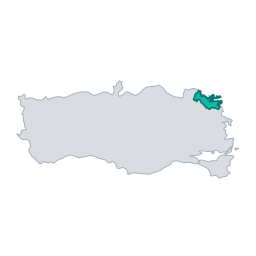 location of Mugla within Turkey, rotated 182°
{"feature_id": "TUR-2278", "entity_name": "Mugla", "entity_type": "Province", "adm_level": 1, "iso_a3": "TUR", "parent_name": "Turkey", "parent_adm1": "", "projection": "mercator", "projection_center": [28.126, 36.936], "detail": "fine", "context": "in_parent", "style": "filled", "palette": "teal", "viewbox_px": 256, "rotation_deg": 182, "n_neighbors": 0, "source": "natural_earth", "source_scale": "10m", "svg_char_len": 8126}
<svg xmlns="http://www.w3.org/2000/svg" viewBox="0 0 256 256"><g transform="rotate(182 128 128)"><path d="M200.7,90.2L204.3,91.5L205.5,90.5L208.8,90.7L211.8,91.4L213.4,89.2L215.5,89.5L215.9,90.6L216.9,91.0L220.0,93.7L219.6,94.1L220.4,95.1L223.0,95.8L223.3,97.2L225.3,99.3L226.4,102.5L225.7,104.7L224.6,106.1L226.2,110.9L225.7,111.5L228.9,113.1L233.0,112.8L234.2,113.5L238.1,117.3L239.1,118.7L236.4,116.9L234.9,118.5L234.1,122.2L229.9,122.8L230.5,125.2L231.7,126.3L231.3,128.6L231.6,129.5L232.7,130.9L232.6,132.9L233.1,135.1L233.1,137.6L234.8,138.4L234.0,139.5L232.0,144.7L232.2,145.1L233.5,145.2L236.4,147.6L235.9,148.3L236.3,151.6L238.8,153.7L238.4,154.8L238.5,155.9L236.6,155.4L232.9,158.2L232.4,158.2L231.9,157.2L231.8,154.3L230.9,153.5L229.7,153.4L227.7,154.7L225.8,154.6L224.0,154.4L219.1,152.6L217.3,153.2L215.4,152.5L211.7,156.0L210.6,156.3L210.0,154.6L208.7,153.6L207.1,154.9L200.8,156.6L197.9,156.9L194.3,156.3L191.4,156.5L183.4,160.4L175.7,162.5L168.9,162.4L165.1,159.9L162.2,159.4L153.4,163.1L149.2,163.0L147.7,161.4L144.4,160.8L143.7,162.3L143.0,165.8L144.2,169.0L142.3,169.2L141.1,169.9L140.8,172.3L139.1,173.2L138.6,174.7L138.3,174.8L135.5,173.6L136.3,172.4L134.6,167.9L135.4,166.5L139.0,162.9L138.9,160.7L137.3,159.2L132.9,161.9L132.4,163.0L131.4,163.8L129.7,164.1L121.7,160.6L117.1,163.7L113.1,168.1L110.0,169.7L101.2,171.0L99.6,171.8L96.6,170.9L94.8,169.7L90.6,164.7L82.9,160.8L74.6,159.9L73.9,160.9L73.7,164.8L72.3,168.5L71.7,168.9L69.9,167.9L63.6,170.1L58.2,167.7L57.2,166.6L56.0,162.4L55.2,162.0L54.4,162.7L53.4,162.6L49.6,160.8L47.5,160.6L46.2,162.5L44.2,163.2L44.1,162.7L44.9,161.5L41.7,161.7L40.0,162.6L37.6,162.1L37.8,161.6L39.7,161.0L44.0,160.4L46.8,157.5L36.4,157.6L35.4,158.3L35.3,156.8L35.8,156.1L38.6,155.5L38.4,154.3L36.7,153.0L34.9,152.3L34.1,149.1L33.2,148.3L33.3,147.9L35.0,147.3L35.3,145.0L35.1,143.6L31.7,142.4L31.0,142.5L30.1,141.3L28.7,140.4L27.5,141.1L24.1,139.2L24.8,137.8L25.6,137.9L25.8,136.8L25.1,135.0L25.1,134.1L25.9,133.8L26.7,134.0L27.6,135.1L27.7,137.1L28.6,138.3L29.2,137.1L30.8,137.8L33.5,137.2L34.0,136.6L32.0,136.7L31.3,136.2L29.6,132.8L31.3,131.8L32.5,130.2L30.2,129.1L30.7,126.7L28.7,124.1L31.3,120.7L31.2,120.2L30.4,120.0L22.1,121.5L21.9,119.9L22.6,118.6L22.5,115.4L22.9,113.6L24.4,113.1L26.3,110.4L29.3,107.4L32.5,107.4L33.8,106.6L35.7,106.5L36.2,107.7L37.9,108.6L40.8,108.4L42.2,107.6L40.9,106.1L42.5,105.6L43.8,106.0L43.1,107.7L43.5,107.8L47.3,107.3L51.3,107.7L55.7,107.5L56.2,107.0L53.1,105.3L55.1,103.8L56.2,103.6L65.4,102.2L65.4,101.9L59.8,101.1L56.9,99.1L56.1,98.1L56.7,95.5L57.3,94.8L59.3,94.7L66.2,95.9L71.2,95.1L76.6,96.9L81.7,96.5L82.8,95.7L84.1,93.2L91.4,89.1L93.9,86.9L105.3,82.6L122.3,83.4L125.3,81.7L127.0,82.3L126.5,83.4L126.6,84.4L128.6,86.9L131.7,88.4L135.9,87.1L137.4,87.6L138.9,91.6L141.5,93.9L142.7,94.1L144.3,92.7L145.8,92.6L148.3,93.9L149.2,95.3L157.3,97.0L158.9,98.1L164.4,99.3L176.5,96.5L181.0,98.4L184.7,99.1L186.3,98.8L191.2,96.5L192.7,95.3L195.8,94.2L199.6,91.6L200.7,90.2ZM44.1,83.2L43.8,85.0L44.6,86.9L46.3,89.6L48.0,91.0L56.2,94.6L55.1,98.1L53.0,98.6L46.0,96.9L43.1,98.3L41.0,98.0L38.2,98.6L37.4,100.6L35.4,103.0L29.7,105.9L24.6,111.6L23.1,112.3L23.8,110.4L23.7,108.7L26.0,106.7L29.1,105.2L30.0,103.9L22.0,104.1L21.2,102.4L22.0,102.0L24.6,98.9L24.9,97.6L24.6,94.5L27.8,92.7L28.0,92.0L27.5,88.9L24.5,87.1L24.6,86.2L26.7,85.4L27.9,83.2L31.0,82.8L32.5,81.8L35.2,81.2L38.6,83.9L42.6,82.9L44.1,83.2ZM20.4,111.4L17.8,111.8L16.9,111.4L17.8,110.5L19.8,109.8L20.5,110.7L20.4,111.4Z" fill="#d9dde1" stroke="#a8b0b8" stroke-width="1"/><path d="M58.6,168.1L58.3,167.7L57.6,167.5L57.4,167.2L57.2,167.3L57.2,167.1L57.2,166.9L56.9,166.9L57.0,166.8L56.9,166.8L56.7,166.7L56.8,166.5L57.1,166.4L57.1,166.1L57.0,165.8L56.9,165.6L56.7,165.5L57.0,165.3L57.0,164.6L56.9,164.4L56.7,164.5L56.5,164.3L56.0,164.5L55.7,164.5L55.9,164.4L56.0,164.3L55.8,163.9L56.1,163.4L56.2,163.5L56.5,163.2L56.6,163.3L56.9,163.3L56.9,163.2L56.7,162.8L56.0,162.3L55.1,161.9L54.9,161.7L54.3,162.1L54.4,162.3L54.0,162.4L53.9,162.5L54.0,162.7L53.8,162.8L54.0,163.0L53.9,163.1L54.1,163.3L54.3,163.0L54.3,162.9L54.2,162.7L54.4,162.9L54.4,163.1L54.0,163.5L53.9,163.7L53.6,163.7L53.5,163.4L53.7,163.2L53.3,162.9L53.1,163.0L53.0,162.6L52.6,162.3L52.1,162.2L51.7,162.4L51.6,162.1L51.3,162.1L51.2,162.3L51.1,162.2L51.0,161.8L51.1,161.6L51.1,161.3L51.1,161.0L51.0,160.9L51.0,160.7L50.9,160.9L50.6,160.5L50.3,160.5L50.1,160.6L50.1,161.0L50.0,160.9L49.6,160.8L49.8,160.7L49.4,160.6L49.3,160.4L49.2,160.1L49.4,160.1L49.2,159.6L49.1,159.8L48.3,160.0L48.5,160.3L48.8,160.3L48.6,161.0L48.3,161.0L47.6,160.6L47.6,160.9L47.2,160.9L47.1,160.7L47.6,160.5L47.6,160.4L47.1,160.1L46.8,160.4L46.7,160.6L46.7,160.8L46.9,161.0L46.9,161.3L47.3,161.7L47.4,162.0L47.1,161.8L46.9,161.9L46.8,162.1L46.7,162.0L46.7,162.3L46.1,162.5L45.9,162.7L45.3,163.7L45.0,163.9L44.7,163.8L44.5,164.0L44.4,164.2L44.2,164.2L44.0,164.3L43.9,164.3L43.7,164.2L43.7,163.9L43.5,163.7L44.4,163.7L44.6,163.6L45.0,163.1L44.8,162.9L44.5,163.2L44.7,162.8L44.6,162.6L44.4,162.4L44.4,162.6L44.0,162.6L43.7,162.6L43.6,162.4L44.0,162.3L44.0,162.2L44.3,162.2L44.5,162.0L44.9,162.0L45.0,161.9L45.0,162.1L45.3,162.0L45.3,161.8L45.2,161.7L44.9,161.6L45.2,161.2L45.5,161.5L45.4,160.9L45.1,160.8L44.8,161.2L44.5,161.4L44.4,161.3L44.4,161.2L44.2,161.4L43.6,161.6L43.4,161.4L43.0,161.7L42.9,161.5L42.7,161.7L42.4,161.7L42.0,161.4L41.7,161.4L41.5,161.5L41.5,161.4L41.4,161.5L40.9,161.4L40.7,161.5L40.5,161.8L40.3,161.9L40.3,162.1L40.2,162.6L40.2,162.9L39.6,162.6L39.4,162.6L38.9,162.6L38.0,162.8L37.9,163.0L37.6,162.8L37.2,162.7L37.1,162.8L37.0,162.6L36.9,162.5L36.7,162.6L36.6,162.4L36.5,162.2L36.8,162.2L37.0,162.2L37.3,162.0L37.3,161.8L37.6,161.5L38.0,161.5L38.8,161.4L39.2,161.4L39.5,161.3L39.6,160.8L39.9,160.7L40.4,161.0L40.6,161.0L41.0,161.0L41.5,160.8L41.6,160.7L42.7,160.7L42.8,160.6L43.3,160.9L43.9,160.8L44.1,160.9L44.3,161.1L44.3,160.9L44.6,160.7L44.4,160.4L44.0,160.4L44.3,160.3L44.0,160.0L44.2,159.9L44.3,160.0L44.6,159.8L44.6,159.7L44.4,159.5L44.2,159.2L44.4,159.3L44.5,159.2L44.3,159.0L44.7,159.0L44.7,158.9L44.9,158.9L45.1,158.8L45.4,158.8L45.6,159.0L45.8,158.9L45.9,159.2L45.9,158.9L45.8,158.7L46.0,158.7L46.1,158.8L46.4,158.3L46.4,158.2L46.4,157.9L46.6,158.1L46.8,158.1L46.8,157.8L47.8,157.5L47.8,157.4L47.6,157.2L46.0,157.4L45.4,157.4L45.2,157.5L43.8,157.4L43.4,157.6L42.9,157.5L42.6,157.5L41.7,157.9L41.4,158.0L41.2,158.0L40.9,158.0L40.7,157.8L40.3,157.8L40.0,158.0L39.8,158.2L39.2,157.9L38.9,158.0L38.9,158.3L38.5,158.0L37.9,158.0L37.5,157.5L37.3,157.5L37.1,157.7L36.8,158.0L36.8,157.9L36.7,157.7L36.8,157.6L36.7,157.5L36.2,157.7L36.2,158.0L36.0,158.3L35.9,158.3L35.9,158.5L35.7,158.5L35.6,158.4L35.4,158.5L35.3,158.2L35.2,157.7L35.0,157.0L35.1,156.7L35.4,156.6L35.8,156.3L35.6,156.2L35.4,156.3L35.3,156.1L35.5,156.0L35.9,156.2L36.1,156.1L36.1,155.8L36.1,155.6L36.3,155.7L36.3,156.0L36.6,155.8L36.7,155.7L36.7,155.8L36.8,155.7L36.8,156.0L37.1,156.0L37.3,156.2L37.5,156.1L37.4,156.2L37.5,156.5L37.9,156.6L38.6,156.1L38.9,156.1L39.0,156.0L39.0,155.9L38.9,155.9L38.8,156.0L38.7,155.6L38.6,155.3L38.5,155.2L39.0,155.0L39.0,155.3L39.3,155.2L39.3,154.9L39.2,154.9L39.2,154.6L39.4,154.3L39.5,153.9L39.3,153.8L39.2,153.9L38.8,153.9L38.7,154.3L38.5,154.5L38.3,154.6L38.2,154.5L38.4,154.3L38.4,154.2L38.0,154.0L37.7,154.3L37.7,154.2L37.8,153.9L38.0,153.6L38.1,153.2L37.9,152.9L37.8,153.3L37.5,153.5L37.2,153.4L37.0,153.2L36.9,152.9L37.0,152.6L37.2,152.4L37.5,152.2L37.3,152.0L37.0,151.9L37.9,150.1L38.3,149.9L38.7,149.8L39.1,150.1L39.6,150.3L40.5,150.4L41.3,151.0L41.8,151.1L42.4,150.9L42.9,150.9L43.4,151.2L44.2,151.2L45.6,151.1L46.1,150.7L46.5,149.9L47.1,149.5L47.9,149.7L48.7,150.3L49.5,150.8L51.0,151.0L51.1,151.5L51.1,151.9L51.2,152.4L51.5,152.5L52.0,152.5L52.5,152.7L52.8,153.3L53.0,154.0L53.4,154.5L54.2,154.6L54.7,155.4L55.6,155.7L56.3,156.4L56.4,157.0L56.6,158.2L56.9,158.5L57.5,158.6L58.7,159.2L59.1,159.0L59.3,158.7L59.5,158.3L59.5,157.4L60.1,156.9L60.4,157.7L60.2,158.5L60.6,158.7L61.2,158.0L62.6,157.8L63.6,159.2L62.3,162.0L62.5,162.9L62.2,163.7L61.2,164.6L61.0,165.0L61.1,165.4L60.8,165.5L60.5,165.4L59.8,165.7L59.2,166.9L59.2,167.3L59.1,167.7L58.9,168.0L58.6,168.1Z" fill="#14b8a6" stroke="#0f766e" stroke-width="1.5"/></g></svg>